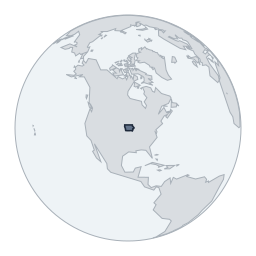 Iowa on an orthographic globe
{"feature_id": "USA-3529", "entity_name": "Iowa", "entity_type": "State", "adm_level": 1, "iso_a3": "USA", "parent_name": "United States of America", "parent_adm1": "", "projection": "orthographic", "projection_center": [-94.248, 41.94], "detail": "fine", "context": "on_globe", "style": "filled", "palette": "slate", "viewbox_px": 256, "rotation_deg": 0, "n_neighbors": 0, "source": "natural_earth", "source_scale": "10m", "svg_char_len": 10353}
<svg xmlns="http://www.w3.org/2000/svg" viewBox="0 0 256 256"><circle cx="128" cy="128" r="113" fill="#eef3f6" stroke="#a8b0b8"/><path d="M152.9,237.9L158.5,236.2L156.0,237.0L159.7,234.7L164.9,231.5L171.3,221.0L169.6,219.3L162.1,218.4L153.2,209.9L156.1,204.7L153.9,202.8L161.1,194.2L158.8,187.5L156.2,186.9L153.8,190.1L144.6,186.9L140.9,181.5L110.8,172.3L107.4,168.8L106.8,163.5L94.4,143.8L100.9,161.8L96.5,158.0L92.6,151.3L94.3,150.1L91.0,140.4L86.8,135.9L84.9,123.4L90.0,108.8L91.6,111.7L92.6,108.1L90.6,104.4L89.1,102.8L89.9,87.4L84.3,76.9L79.3,76.8L82.9,74.5L71.3,76.9L66.2,74.5L74.0,75.3L76.3,74.0L73.8,71.3L75.7,69.4L75.5,67.1L78.0,65.2L82.3,66.1L84.0,65.0L82.1,63.1L83.4,60.3L85.9,63.1L88.4,58.5L96.1,59.8L100.7,69.9L107.0,69.9L117.1,78.7L118.1,76.6L122.6,78.9L125.5,77.4L126.6,79.8L128.0,76.6L126.5,74.8L126.6,72.9L128.2,72.0L129.8,74.7L129.3,75.5L130.5,75.8L130.7,77.6L131.5,76.2L133.2,79.7L133.9,74.9L137.2,76.6L137.8,79.4L134.6,80.8L128.0,91.4L127.6,95.0L130.1,98.5L141.4,101.3L142.1,104.9L145.5,108.4L146.5,105.5L144.2,101.8L146.9,97.7L143.8,93.9L144.5,91.7L142.5,87.4L146.2,86.4L150.7,87.8L152.5,91.4L154.6,92.2L155.6,87.6L161.5,93.5L169.9,96.1L171.1,98.0L168.5,103.4L161.7,106.2L158.3,114.3L163.9,107.5L166.7,112.7L168.6,113.0L170.4,111.9L170.6,109.4L172.3,111.0L167.4,118.1L165.8,116.7L167.4,114.4L164.2,115.9L160.9,121.1L162.6,123.6L155.9,129.7L157.0,131.7L156.2,134.2L154.8,130.7L157.1,137.4L149.5,146.9L152.4,158.4L145.9,150.3L141.3,149.9L135.9,150.8L136.3,152.7L128.7,151.9L122.6,156.2L121.4,165.5L124.9,172.2L133.3,172.0L135.3,168.1L141.1,166.7L138.0,177.2L148.4,177.3L148.0,184.5L151.2,187.6L156.1,185.8L161.3,186.4L164.6,181.6L170.1,177.9L170.7,183.4L173.3,177.4L176.6,179.1L187.2,174.9L186.6,176.5L195.6,179.0L204.5,176.8L206.6,179.3L205.6,182.2L208.5,181.0L208.5,182.4L219.3,176.1L224.1,174.6L223.5,179.3L218.5,188.4L211.8,201.0L202.2,210.2L198.3,214.6L188.3,222.6L182.7,225.4L182.8,226.1L178.4,228.5L174.4,230.3L172.4,231.4L169.3,232.6L170.5,232.3L166.5,233.8L152.9,237.9ZM34.4,134.9L35.0,132.6L35.5,134.9L34.4,134.9ZM34.8,130.6L34.7,131.5L34.7,130.6L34.8,130.6ZM34.4,129.5L34.7,130.3L34.3,129.6L34.4,129.5ZM33.8,128.4L34.2,128.9L34.1,129.0L33.8,128.4ZM152.4,162.4L164.3,165.3L158.1,167.4L159.2,166.2L156.0,164.6L150.4,163.6L144.8,165.7L152.4,162.4ZM33.1,126.1L33.0,125.4L33.4,125.6L33.1,126.1ZM156.5,155.1L154.5,155.1L156.4,154.6L156.5,155.1ZM88.1,102.5L90.4,104.5L91.5,108.7L89.4,107.2L88.1,102.5ZM86.2,94.9L87.8,95.1L86.5,98.7L86.0,97.4L86.2,94.9ZM75.3,77.4L76.9,78.7L74.7,78.1L75.3,77.4ZM75.1,67.1L74.1,67.4L74.4,66.1L75.1,67.1ZM140.7,88.3L141.6,87.9L141.5,88.9L140.7,88.3ZM139.0,86.9L138.2,88.4L137.3,88.0L137.8,87.1L139.0,86.9ZM78.5,62.1L79.4,60.0L79.2,62.2L78.5,62.1ZM140.2,85.2L135.7,87.0L134.1,86.3L134.7,82.2L140.2,85.2ZM80.4,59.0L82.6,54.3L80.5,54.4L87.7,51.8L83.5,56.5L83.6,59.1L82.2,58.2L80.4,59.0ZM125.4,74.7L127.0,76.6L124.2,75.9L125.4,74.7ZM123.5,74.8L114.5,76.1L112.9,73.0L116.2,73.1L112.9,70.1L116.4,67.9L119.1,69.1L119.5,71.5L120.5,68.9L123.5,74.8ZM91.3,51.2L92.5,50.3L92.1,51.5L91.3,51.2ZM126.5,72.1L124.8,72.6L123.2,69.9L126.3,68.6L125.8,69.9L126.5,72.1ZM110.2,70.4L109.6,68.3L112.3,66.0L112.4,64.9L116.4,67.6L110.2,70.4ZM127.0,70.0L127.9,68.0L130.0,68.4L128.0,71.5L127.0,70.0ZM121.6,69.9L121.0,68.6L122.3,68.8L121.6,69.9ZM138.3,69.1L136.3,69.5L135.3,68.1L138.3,69.1ZM128.0,67.2L127.3,67.1L126.7,66.7L127.7,65.5L128.0,67.2ZM118.0,65.9L119.3,65.4L116.6,64.6L118.5,63.0L120.8,65.1L120.6,63.5L121.2,63.0L122.4,65.4L118.0,65.9ZM126.9,63.0L130.5,65.5L134.3,64.9L135.3,66.1L128.9,66.8L126.9,63.0ZM124.2,64.2L126.1,63.7L126.3,65.3L125.2,66.6L124.2,64.2ZM119.0,61.1L115.4,63.0L115.1,62.5L119.0,61.1ZM128.0,62.5L127.1,61.9L128.2,62.3L128.0,62.5ZM121.7,61.1L120.5,61.9L120.1,61.2L121.7,61.1ZM126.3,60.3L127.5,61.0L126.7,61.9L126.3,60.3ZM124.2,60.4L123.9,59.4L125.8,61.8L123.7,60.8L124.2,60.4ZM121.5,60.4L120.9,60.3L122.1,60.2L121.5,60.4ZM128.5,56.6L131.1,59.4L129.4,61.3L127.2,58.3L128.5,56.6ZM198.3,40.0L196.8,38.8L204.7,46.1L203.0,45.3L194.2,37.7L186.8,32.0L185.9,31.6L187.9,33.8L183.6,31.4L188.3,34.6L188.4,34.1L191.3,36.2L191.5,36.8L189.9,35.8L191.4,37.5L198.4,42.0L199.2,42.0L204.7,47.9L206.5,48.6L209.0,51.0L206.7,50.8L204.9,49.6L203.0,52.3L205.4,54.0L207.4,51.7L208.0,53.0L211.2,55.8L209.2,54.7L206.4,57.2L209.6,63.7L218.3,75.7L219.2,80.0L217.8,82.6L210.0,75.8L208.9,67.1L206.1,64.9L202.4,65.4L202.3,62.8L200.7,62.1L199.9,59.0L194.8,54.0L193.4,51.0L187.6,48.6L186.1,46.9L190.0,48.7L191.9,48.6L187.9,42.1L186.0,40.7L182.6,39.7L181.9,38.2L179.1,38.2L175.0,34.7L177.7,39.0L173.7,38.5L169.2,36.3L168.4,37.0L175.8,40.5L178.3,41.3L179.7,40.7L187.0,44.0L189.2,46.4L183.4,46.2L185.8,49.7L180.2,48.4L163.7,39.0L158.7,35.7L158.4,30.1L161.7,30.7L163.5,32.9L165.3,30.9L163.5,31.0L162.9,29.9L159.0,29.4L158.5,28.7L155.7,29.7L154.6,28.7L156.3,28.0L149.6,26.8L146.2,25.1L144.9,25.2L144.5,25.9L140.5,23.4L139.7,23.7L140.8,24.5L140.0,25.6L137.0,26.7L135.7,25.8L136.6,25.3L136.7,23.0L139.3,22.0L138.5,21.8L135.9,22.4L135.8,25.2L134.4,26.1L133.9,24.7L134.0,25.3L132.9,25.5L130.6,24.9L130.9,26.5L120.3,30.9L114.9,30.6L115.7,28.6L107.0,31.6L101.5,31.5L102.5,32.2L99.0,34.5L100.7,34.6L100.9,35.1L92.6,41.7L89.8,42.8L87.3,47.0L87.8,47.5L89.8,46.9L87.7,51.8L80.5,54.4L79.7,53.2L75.7,55.9L74.6,53.0L71.7,52.0L72.7,47.5L70.4,47.3L69.1,48.5L65.0,49.3L61.0,47.5L69.9,43.9L77.1,46.9L74.7,45.1L76.9,44.1L77.1,42.7L75.2,41.7L74.0,42.4L79.7,34.7L78.6,31.3L74.6,34.3L71.1,35.7L66.3,35.7L70.3,31.3L70.2,31.3L77.2,27.5L84.5,24.1L92.0,21.3L99.7,19.0L107.6,17.2L115.5,16.1L123.5,15.4L131.6,15.4L139.6,16.0L147.6,17.1L155.4,18.7L163.1,21.0L170.7,23.8L178.0,27.1L185.1,30.9L191.9,35.2L198.3,40.0ZM239.5,112.2L240.1,126.5L238.9,127.7L234.0,123.5L232.8,116.7L230.0,112.2L219.4,80.8L220.0,77.5L215.0,62.9L214.9,61.8L218.6,65.6L217.3,60.0L213.2,55.0L209.2,50.0L215.1,56.6L220.4,63.6L225.1,71.0L229.3,78.7L232.8,86.7L235.7,95.0L237.9,103.5L239.5,112.2ZM226.4,92.7L227.5,94.2L226.4,92.7ZM174.4,25.4L174.7,25.6L170.8,23.9L169.6,23.5L171.5,24.4L178.5,27.5L178.1,27.1L174.4,25.4ZM187.6,174.7L188.9,175.2L187.3,176.0L187.6,174.7ZM157.5,170.1L159.9,169.7L161.2,170.4L159.4,171.1L157.5,170.1ZM176.7,164.9L179.3,164.5L176.8,166.0L176.7,164.9ZM166.1,165.5L174.7,165.4L169.7,168.8L164.2,168.9L167.8,167.4L166.1,165.5ZM156.0,159.0L157.5,159.2L157.2,160.4L156.0,159.0ZM157.9,154.8L157.3,155.0L156.4,154.2L157.9,154.8ZM167.0,112.3L167.4,111.7L169.4,111.2L168.8,112.4L167.0,112.3ZM176.4,103.2L178.9,106.0L176.7,104.7L176.3,106.9L171.1,107.3L171.4,98.9L172.2,102.6L176.4,103.2ZM164.3,105.8L167.6,106.3L164.0,106.1L164.3,105.8ZM192.3,61.8L193.3,60.8L195.5,62.4L197.3,66.8L194.1,64.5L192.3,61.8ZM194.2,59.2L188.0,58.2L186.6,55.6L188.4,57.2L188.2,55.6L191.0,57.7L195.8,56.6L198.1,57.9L200.1,65.0L198.2,61.8L197.4,62.8L194.2,59.2ZM174.4,62.2L171.7,62.4L172.3,56.5L174.7,57.1L176.7,61.4L174.9,63.2L174.4,62.2ZM142.1,77.9L141.0,78.8L140.6,78.0L141.1,76.6L142.1,77.9ZM137.4,69.4L146.3,73.5L145.6,74.6L151.7,75.9L152.0,79.5L148.0,78.5L152.9,82.4L149.4,82.9L152.9,85.3L144.0,82.6L141.1,83.4L144.2,81.1L144.0,77.7L143.0,76.5L138.1,73.8L131.7,74.2L130.4,71.1L131.2,68.9L132.6,68.3L133.0,70.4L134.5,68.2L136.1,70.8L137.4,69.4ZM141.7,47.6L141.5,49.7L144.9,46.8L146.5,48.9L146.8,48.5L149.2,49.7L152.6,50.5L152.9,51.7L154.1,51.5L155.7,52.5L157.4,52.7L158.5,54.9L160.8,55.4L160.0,56.2L163.6,56.4L161.4,57.3L163.3,58.7L164.4,57.2L166.1,70.0L168.4,75.1L171.6,79.1L167.4,80.3L161.9,77.5L156.2,73.0L154.5,68.1L153.0,69.7L151.7,67.8L153.5,67.3L150.0,67.0L149.5,65.4L144.4,62.2L139.8,63.0L137.8,62.0L139.4,60.8L136.3,60.6L137.9,57.8L136.5,57.0L136.7,53.7L140.5,52.2L138.7,51.4L138.7,49.0L141.7,47.6ZM128.7,55.7L132.8,53.1L135.7,53.1L134.2,59.0L135.2,60.1L134.4,64.1L130.2,64.1L130.8,62.9L130.5,61.8L131.9,62.2L130.5,61.0L131.3,59.4L130.4,58.1L132.0,57.6L128.7,55.7ZM212.8,59.1L212.4,58.1L211.3,56.1L213.3,58.0L212.8,59.1ZM211.1,60.9L210.4,59.6L212.8,61.0L213.2,62.3L211.1,60.9ZM208.0,57.9L210.2,59.4L209.3,59.3L208.0,57.9ZM189.1,47.7L188.2,46.4L188.9,46.5L190.3,47.3L189.1,47.7ZM151.9,40.2L151.4,41.2L150.6,40.9L147.6,42.1L146.1,40.8L147.4,39.5L151.9,40.2ZM199.3,40.8L201.9,43.0L202.1,43.2L201.2,42.4L199.3,40.8ZM208.8,50.5L207.6,48.7L209.4,51.0L208.8,50.5ZM149.9,38.9L148.8,39.5L148.7,38.4L149.9,38.9ZM144.9,39.8L144.6,38.6L145.6,40.7L144.9,39.8ZM136.1,29.5L142.0,29.2L145.2,28.5L145.6,27.0L147.6,29.1L142.6,30.3L136.1,29.5ZM122.4,30.8L122.1,32.3L120.6,32.0L120.4,31.6L122.4,30.8ZM123.4,31.5L126.2,32.8L125.0,33.9L123.0,32.6L123.4,31.5ZM138.2,35.3L140.1,35.2L140.1,36.0L138.2,35.3ZM57.9,39.9L58.4,39.5L56.7,41.1L58.7,40.0L58.2,40.7L55.5,42.5L53.0,44.0L55.8,41.5L57.9,39.9ZM59.6,39.5L62.4,38.9L58.6,42.1L57.1,43.0L57.5,41.8L59.5,40.1L59.6,39.5ZM62.0,39.8L64.0,38.2L72.2,35.6L73.0,36.0L64.7,39.3L66.1,38.0L64.8,38.2L62.0,39.8ZM91.6,50.0L92.4,50.3L91.1,50.7L91.6,50.0ZM101.9,35.1L101.9,35.9L100.5,36.2L101.9,35.1ZM101.3,38.4L102.9,37.5L101.7,38.8L101.3,38.4ZM106.5,35.4L103.8,37.3L105.7,35.0L106.5,35.4Z" fill="#d9dde1" stroke="#a8b0b8" stroke-width="1"/><path d="M124.7,125.3L124.7,125.2L124.7,124.9L124.9,124.9L125.3,124.9L125.8,124.9L126.2,124.9L126.7,124.9L127.2,124.9L127.6,124.9L128.6,124.9L129.0,124.9L129.5,124.9L130.0,124.9L130.4,124.9L130.9,124.9L131.3,124.9L131.8,124.9L132.3,124.9L132.3,125.0L132.5,125.2L132.5,125.3L132.4,125.5L132.4,125.8L132.5,125.8L132.5,126.0L132.6,126.3L133.0,126.5L133.2,126.8L133.3,126.9L133.5,127.0L133.6,127.3L133.8,127.4L133.9,127.5L134.0,127.6L134.0,127.8L134.0,128.0L133.9,128.1L133.8,128.3L133.7,128.3L133.7,128.5L133.4,128.7L133.3,128.8L133.2,128.9L132.8,128.9L132.7,128.9L132.7,129.0L132.7,129.3L132.8,129.5L132.9,129.8L132.7,130.0L132.7,130.3L132.5,130.5L132.4,130.5L132.2,130.6L132.3,130.7L132.3,130.8L132.3,131.0L132.2,131.0L132.1,130.9L131.9,130.8L131.9,130.7L131.6,130.6L131.4,130.6L130.8,130.6L130.6,130.6L130.3,130.6L129.7,130.7L129.4,130.7L129.2,130.7L128.9,130.7L128.7,130.7L128.3,130.7L128.2,130.7L127.8,130.7L127.7,130.7L127.2,130.7L126.8,130.7L126.7,130.7L126.3,130.6L126.2,130.6L125.9,130.6L125.7,130.6L125.6,130.4L125.6,130.2L125.6,129.9L125.6,129.7L125.5,129.4L125.6,129.2L125.5,128.9L125.4,128.9L125.4,128.7L125.4,128.8L125.3,128.7L125.3,128.4L125.3,128.2L125.2,128.1L125.2,127.9L125.1,127.7L124.9,127.5L124.9,127.4L125.0,127.4L124.9,127.2L124.9,126.9L124.8,126.7L124.7,126.7L124.6,126.4L124.6,126.2L124.7,125.9L124.8,125.9L124.8,125.7L124.8,125.4L124.7,125.4L124.7,125.3Z" fill="#64748b" stroke="#1e293b" stroke-width="1.5"/></svg>